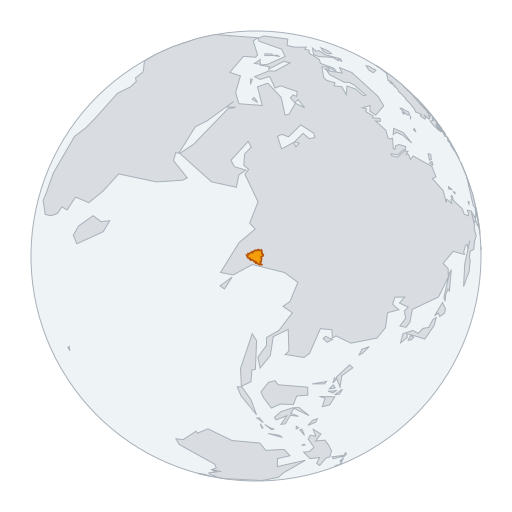 Telangana on an orthographic globe, rotated 57°
{"feature_id": "IND-20011", "entity_name": "Telangana", "entity_type": "State", "adm_level": 1, "iso_a3": "IND", "parent_name": "India", "parent_adm1": "", "projection": "orthographic", "projection_center": [78.948, 17.86], "detail": "fine", "context": "on_globe", "style": "filled", "palette": "amber", "viewbox_px": 512, "rotation_deg": 57, "n_neighbors": 0, "source": "natural_earth", "source_scale": "10m", "svg_char_len": 13128}
<svg xmlns="http://www.w3.org/2000/svg" viewBox="0 0 512 512"><g transform="rotate(57 256 256)"><circle cx="256" cy="256" r="225" fill="#eef3f6" stroke="#a8b0b8"/><path d="M372.3,63.1L373.6,63.8L370.9,62.2L372.3,63.1ZM354.6,53.4L358.4,55.4L355.0,53.8L355.9,54.6L351.4,52.7L342.0,48.3L338.9,47.2L343.3,49.4L341.5,49.5L335.5,46.2L331.7,46.2L315.4,40.3L303.0,35.7L290.3,33.3L288.7,33.1L305.7,36.3L322.4,40.7L338.8,46.5L354.6,53.4ZM356.9,55.1L359.0,56.1L358.6,56.2L356.9,55.1ZM351.2,53.5L349.9,53.5L349.6,52.6L351.2,53.5ZM348.1,53.1L345.1,54.0L349.5,56.1L335.4,51.1L342.6,51.6L341.5,50.0L344.8,51.9L348.1,53.1ZM277.1,31.7L278.4,31.8L271.8,31.4L266.2,31.0L265.2,30.9L277.1,31.7ZM264.5,30.9L263.3,30.9L260.6,30.8L264.5,30.9ZM328.0,48.5L325.9,48.4L326.4,47.8L328.0,48.5ZM255.8,30.7L257.7,30.7L252.0,30.8L252.6,30.8L251.3,30.8L255.8,30.7ZM283.7,32.4L285.5,32.7L280.6,32.3L280.7,32.5L272.0,31.4L283.7,32.4ZM250.2,30.8L249.0,31.0L244.5,31.1L247.8,30.9L250.2,30.8ZM261.0,30.8L262.6,30.9L259.9,30.8L261.0,30.8ZM228.1,32.6L231.8,32.1L234.1,32.0L228.1,32.6ZM248.8,31.1L250.3,31.0L251.7,31.0L250.0,31.2L248.8,31.1ZM269.2,31.4L266.8,31.3L272.5,31.8L269.1,31.9L263.9,31.3L264.7,31.6L263.6,31.6L260.6,31.2L269.2,31.4ZM252.2,31.6L244.5,31.5L237.1,32.2L234.8,32.2L247.2,31.2L252.2,31.6ZM257.4,31.3L253.7,31.5L252.8,31.2L254.7,31.0L257.4,31.3ZM268.6,32.3L275.2,32.3L276.1,32.4L268.6,32.3ZM250.3,31.8L252.2,31.9L249.8,31.9L250.3,31.8ZM263.2,32.1L265.4,31.9L266.3,32.1L263.2,32.1ZM254.2,32.3L251.7,32.1L252.9,31.9L254.2,32.3ZM258.4,32.2L259.2,32.5L254.9,31.9L259.3,32.1L258.4,32.2ZM263.7,32.3L265.0,32.3L262.7,32.3L263.7,32.3ZM250.9,33.7L245.0,32.9L247.8,32.2L253.1,33.0L250.9,33.7ZM41.5,187.1L42.7,183.5L48.1,169.5L73.9,135.7L74.1,141.2L88.3,145.2L89.1,148.1L81.7,157.7L87.7,177.9L96.5,171.0L107.8,184.1L119.0,187.4L133.2,168.7L114.9,162.6L117.5,152.0L136.8,148.5L153.6,154.9L155.1,151.1L149.3,139.7L158.1,134.5L147.9,135.4L148.4,140.0L142.0,141.0L141.1,137.0L144.3,135.1L140.6,131.9L126.6,142.8L125.6,148.6L112.9,146.7L110.1,156.5L104.9,159.5L107.8,144.2L111.3,139.5L112.6,122.2L107.8,126.7L106.2,143.7L104.5,141.5L98.0,148.9L101.6,141.6L104.6,122.9L96.4,121.9L77.5,136.5L74.5,135.7L75.9,129.4L91.4,111.2L96.3,115.3L101.9,109.9L108.2,100.1L109.2,102.5L112.4,99.4L114.9,100.9L125.8,95.8L129.5,97.1L140.8,88.5L144.2,88.3L136.5,93.2L133.2,97.7L143.3,102.1L147.3,101.0L153.8,95.4L155.8,97.8L160.8,91.8L170.0,92.5L162.9,87.1L170.4,81.4L179.7,78.8L180.9,76.2L165.7,80.7L160.8,83.5L158.5,87.3L144.0,95.5L139.0,95.6L149.5,84.1L143.5,83.4L154.3,75.7L188.8,66.7L199.7,67.1L203.0,78.9L196.4,81.5L192.0,78.3L189.6,86.2L192.9,83.1L194.5,85.4L202.1,81.5L203.6,83.0L208.2,77.0L210.9,78.4L207.9,82.2L221.4,78.6L228.8,81.0L231.2,79.5L231.5,77.3L240.8,82.4L242.1,81.2L239.5,78.9L240.5,75.2L245.7,70.8L248.6,72.8L247.1,74.6L248.4,81.9L243.9,87.1L245.7,87.6L250.2,83.6L248.7,74.6L251.0,71.5L252.7,75.4L252.3,73.7L254.4,72.8L259.1,74.0L257.7,69.7L276.6,59.8L287.7,61.9L287.1,65.9L303.4,63.4L314.7,67.4L312.3,65.1L318.5,63.3L315.1,62.0L314.4,60.8L328.7,57.3L334.4,58.6L337.9,56.0L336.6,55.0L332.7,53.8L335.4,51.1L349.5,56.1L351.5,57.9L359.0,60.4L362.6,64.6L369.0,69.7L368.6,73.8L373.7,78.1L376.1,78.6L384.8,85.4L394.6,98.5L376.3,85.2L359.5,68.2L365.5,74.5L361.0,72.5L361.3,74.7L365.7,79.6L368.2,80.4L359.5,88.1L364.1,103.1L371.2,101.7L378.3,106.1L389.8,125.3L385.9,154.0L395.2,162.8L397.5,169.0L393.1,173.4L389.7,164.3L383.0,161.6L381.7,156.2L373.6,161.3L371.4,153.8L366.1,162.0L370.9,167.7L378.9,165.4L375.2,176.6L386.6,186.4L390.7,199.3L380.8,223.9L366.6,232.4L366.4,236.7L359.3,232.5L352.0,241.5L366.8,264.2L367.2,271.1L354.4,285.2L353.7,280.2L335.1,269.0L333.0,285.5L347.3,298.2L352.2,313.6L341.9,309.5L336.7,295.9L330.1,291.5L330.9,277.2L323.4,256.4L312.9,260.8L312.7,252.3L300.9,235.2L285.3,241.1L261.2,263.7L259.5,285.4L250.5,294.7L235.6,263.1L232.9,241.9L225.0,243.4L211.7,224.8L181.5,220.8L179.4,215.0L173.2,216.8L164.3,210.0L162.1,200.7L155.6,200.2L162.1,224.9L169.3,225.5L178.5,217.8L178.7,226.3L187.7,235.0L169.6,252.9L128.5,264.0L128.3,247.4L117.1,198.8L119.6,194.2L119.7,193.6L119.8,192.6L114.8,199.8L114.2,190.5L116.0,223.2L114.6,236.6L127.8,264.8L125.6,267.0L131.0,273.2L153.1,271.1L152.4,276.4L139.6,299.2L112.4,326.4L118.3,349.2L120.2,367.2L108.3,375.2L114.5,389.4L109.1,392.0L112.2,399.5L110.7,405.8L106.4,410.1L93.6,404.4L88.7,397.3L76.1,380.9L56.9,343.1L55.8,328.9L52.9,316.0L44.1,283.6L45.8,269.1L44.4,261.2L41.1,260.2L40.1,250.8L38.5,248.9L31.7,243.4L32.3,229.6L35.0,212.1L41.5,187.1ZM58.8,155.1L56.7,159.0L58.8,155.1ZM167.4,172.8L180.1,176.2L181.2,162.6L186.2,163.1L184.8,158.5L181.3,161.7L178.8,149.7L186.7,147.4L188.7,142.1L184.5,140.7L170.4,147.0L173.8,163.8L168.0,168.2L167.4,172.8ZM127.4,82.5L125.9,85.1L121.4,88.0L116.8,88.2L123.2,83.8L127.4,82.5ZM124.9,88.3L136.5,77.9L139.9,77.9L136.0,79.6L137.1,80.6L131.1,83.6L123.0,94.6L118.5,98.0L112.3,95.4L116.8,94.1L118.0,91.3L124.9,88.3ZM160.4,57.1L165.5,54.2L166.2,57.8L161.3,60.2L156.4,60.0L159.2,57.2L160.4,57.1ZM242.3,31.1L243.1,31.1L242.0,31.3L239.5,31.5L238.2,31.5L235.8,31.8L231.9,32.0L229.7,32.4L211.1,35.2L211.8,35.1L242.3,31.1ZM180.1,43.9L192.0,40.1L196.6,39.4L199.2,38.4L202.1,37.9L198.9,38.9L205.7,37.2L207.2,37.1L218.0,35.6L226.8,33.9L230.9,33.6L228.3,34.3L234.3,33.6L232.0,34.9L234.9,34.8L235.6,36.4L228.7,38.3L232.5,38.2L233.2,39.8L227.9,41.8L227.4,40.2L221.9,43.8L218.0,42.9L217.6,43.4L212.6,43.7L205.7,45.1L204.8,44.4L202.5,45.3L199.1,45.8L195.7,46.9L192.8,46.3L188.4,47.7L189.6,46.7L182.7,49.4L186.5,47.2L182.5,48.0L180.9,49.7L174.0,47.1L168.1,48.8L161.1,51.7L164.8,50.0L180.1,43.9ZM250.8,34.1L243.4,35.9L237.7,36.5L238.9,33.6L236.6,33.5L237.2,32.3L245.4,31.7L244.5,32.0L245.5,32.2L242.5,32.3L245.7,32.4L244.5,33.0L246.7,33.3L243.7,33.7L250.8,34.1ZM93.6,145.4L94.9,146.7L97.7,147.6L93.7,152.5L93.6,145.4ZM95.3,132.6L97.0,132.7L92.7,139.5L91.3,138.4L95.3,132.6ZM101.6,127.4L97.4,132.2L98.9,129.0L101.6,127.4ZM138.5,93.2L140.7,93.3L139.5,94.8L136.6,96.4L138.5,93.2ZM210.7,54.7L211.3,53.1L212.9,52.8L218.3,49.6L221.6,50.4L219.6,52.7L210.7,54.7ZM128.0,171.1L122.6,173.9L121.9,171.5L123.9,171.0L128.0,171.1ZM105.7,162.8L109.1,167.2L104.6,164.2L105.7,162.8ZM215.2,55.0L217.1,53.5L217.5,54.9L215.2,55.0ZM224.3,50.9L225.5,52.2L222.7,50.2L224.3,50.9ZM230.1,461.9L234.0,463.7L230.2,463.6L230.1,461.9ZM152.4,370.9L148.2,399.6L139.1,397.9L134.2,388.5L133.5,370.6L142.9,367.2L146.7,359.4L152.4,370.9ZM398.9,343.8L404.0,343.8L403.7,344.8L398.9,343.8ZM393.6,341.3L399.7,340.6L392.3,343.6L393.6,341.3ZM402.0,340.4L408.1,337.5L410.8,335.4L410.2,337.5L402.0,340.4ZM389.4,342.0L365.3,344.7L355.5,343.0L358.1,339.2L374.0,338.5L389.4,342.0ZM357.3,339.2L341.9,330.3L319.1,301.5L327.3,301.6L350.8,318.3L349.4,321.5L358.7,328.8L357.3,339.2ZM393.4,316.3L391.9,325.9L378.9,326.8L372.8,326.0L368.7,314.3L371.0,307.9L376.1,307.5L394.2,284.1L400.9,288.3L395.6,298.0L400.9,305.5L393.4,316.3ZM260.6,287.5L266.5,300.4L261.5,302.4L260.6,287.5ZM400.5,268.2L393.9,278.5L399.6,265.2L400.5,268.2ZM403.3,256.0L404.2,260.6L400.8,256.5L403.3,256.0ZM367.2,243.2L361.9,244.8L361.2,241.5L367.6,237.5L367.2,243.2ZM393.7,210.4L395.6,220.1L395.2,223.5L391.9,218.0L393.7,210.4ZM246.0,63.9L234.7,67.1L228.8,70.8L228.8,74.8L223.9,71.0L233.0,65.1L246.0,63.9ZM272.5,59.9L272.4,57.0L275.6,57.8L276.1,58.6L272.5,59.9ZM270.2,58.4L264.0,55.9L266.0,54.1L270.5,56.4L270.2,58.4ZM239.2,54.3L235.7,55.1L235.3,53.8L239.2,54.3ZM406.4,423.2L411.8,417.3L415.4,414.8L409.3,420.9L406.4,423.2ZM408.1,404.0L372.2,423.1L365.7,422.7L370.3,417.1L370.3,401.6L372.7,401.6L374.8,390.4L397.7,376.6L415.0,354.6L424.3,353.7L433.5,337.8L442.0,336.3L437.6,348.3L444.2,352.9L454.2,325.9L452.8,350.7L453.8,357.7L447.6,373.2L425.2,404.1L417.5,411.7L418.5,409.8L414.7,413.4L412.2,413.9L415.8,406.2L411.8,409.8L417.9,402.5L411.0,409.5L412.1,404.7L408.1,404.0ZM475.5,304.8L475.9,303.1L475.8,304.0L475.5,304.8ZM411.4,342.6L419.0,334.1L422.6,332.7L411.4,342.6ZM475.7,302.4L475.2,302.9L475.5,301.4L475.7,302.4ZM476.3,298.9L476.5,297.0L476.1,301.2L476.3,298.9ZM475.6,295.9L476.0,298.6L475.5,296.5L475.6,295.9ZM475.0,297.0L474.4,296.1L474.6,295.4L475.0,297.0ZM463.5,306.8L466.3,316.7L463.0,318.1L459.7,312.5L455.3,321.0L446.4,322.9L449.0,317.9L448.2,311.6L437.9,311.9L435.8,308.0L439.8,304.1L432.5,302.4L440.6,298.5L443.6,306.7L448.0,298.5L454.8,298.1L460.8,298.9L464.7,303.7L463.5,306.8ZM439.8,318.2L441.2,317.8L439.8,320.8L439.8,318.2ZM473.3,292.4L474.1,295.8L473.9,297.0L473.4,296.8L473.3,292.4ZM465.8,301.7L470.4,292.2L471.3,291.8L468.1,301.6L465.8,301.7ZM469.7,287.9L471.4,288.0L472.1,291.6L471.7,292.9L469.7,287.9ZM423.3,313.8L422.9,316.4L420.6,314.9L423.3,313.8ZM426.3,311.7L432.8,313.0L425.6,314.0L426.3,311.7ZM404.5,307.1L406.7,312.6L413.6,307.7L408.3,314.0L412.6,322.9L410.8,326.8L406.7,317.1L404.5,328.2L401.4,328.5L400.1,319.5L403.4,307.7L406.5,302.5L418.8,298.4L404.5,307.1ZM426.4,304.6L424.6,298.0L425.9,293.2L427.9,296.4L426.4,304.6ZM418.5,282.5L412.9,275.5L408.4,279.3L417.0,266.6L421.0,275.4L418.5,282.5ZM412.8,265.8L408.7,269.3L412.6,262.0L412.8,265.8ZM407.3,266.8L406.2,261.3L409.8,261.5L407.3,266.8ZM415.1,265.6L414.9,256.1L417.3,261.3L415.1,265.6ZM403.1,249.2L411.8,257.0L401.4,254.7L398.3,236.8L402.5,235.7L403.1,249.2ZM409.5,174.3L406.9,169.6L410.0,167.9L410.9,171.5L409.5,174.3ZM417.6,159.7L410.0,165.9L403.4,171.7L406.7,173.5L407.6,182.1L401.2,175.1L403.9,165.0L409.3,162.2L407.6,155.4L410.0,150.1L405.6,142.1L405.8,138.3L411.5,144.9L417.6,159.7ZM403.4,138.8L396.6,124.9L403.5,125.8L406.6,129.0L406.8,134.9L403.1,134.0L403.4,138.8ZM397.0,122.0L393.3,121.2L375.7,103.0L373.7,99.6L390.8,112.9L388.3,113.0L391.4,117.6L397.0,122.0ZM327.9,49.3L326.1,48.4L328.6,49.1L327.9,49.3ZM312.3,60.2L311.9,58.7L314.8,59.3L312.3,60.2ZM312.1,55.2L309.1,55.6L311.1,54.4L312.1,55.2ZM302.7,56.7L307.4,55.3L304.6,57.9L302.7,56.7Z" fill="#d9dde1" stroke="#a8b0b8" stroke-width="1"/><path d="M250.8,254.2L250.6,253.9L250.8,253.8L250.8,253.6L250.8,253.4L251.0,253.2L251.3,253.2L251.4,252.8L251.4,252.7L251.5,252.7L251.8,252.4L252.0,252.2L251.9,251.9L251.9,251.7L251.7,251.6L251.6,251.3L251.7,251.2L251.8,251.1L251.9,250.9L251.9,250.6L252.1,250.4L252.1,250.2L252.3,250.2L252.6,250.4L252.7,250.5L252.9,250.5L253.0,250.5L253.1,250.4L253.1,250.1L253.2,249.9L253.3,249.8L253.3,249.7L253.5,249.7L253.6,249.3L253.7,249.1L253.8,248.9L254.0,248.7L253.9,248.6L253.7,248.2L253.9,248.1L254.0,248.3L254.3,248.4L254.5,248.3L254.8,248.3L255.0,248.4L255.1,248.5L255.4,248.5L255.5,248.5L255.7,249.0L255.9,249.1L256.0,249.2L256.1,249.3L256.3,249.4L256.6,249.4L256.6,249.5L256.8,249.6L257.0,249.7L257.1,249.4L257.1,249.2L257.5,249.2L257.5,249.3L258.2,249.4L258.3,249.5L258.4,249.4L258.5,249.3L258.8,249.2L259.1,249.2L259.3,249.4L259.4,249.5L259.6,249.6L259.8,249.8L259.7,250.1L259.7,250.3L259.6,250.5L259.7,250.8L259.5,251.0L259.4,251.1L259.4,251.3L259.5,251.3L259.7,251.6L259.8,251.8L259.8,252.0L259.6,252.2L259.8,252.3L260.1,252.5L260.3,252.7L260.5,252.7L260.8,252.7L261.0,252.6L261.1,252.9L261.2,253.0L261.3,253.0L261.6,253.0L261.8,253.1L262.0,253.2L262.1,253.3L262.5,253.8L262.6,254.0L262.7,254.3L262.8,254.4L262.8,254.5L262.7,254.6L262.7,254.8L262.9,254.8L262.9,254.7L263.0,254.6L263.1,254.8L263.4,254.8L263.5,254.8L263.4,255.0L263.5,255.3L263.6,255.6L263.6,256.0L263.7,256.3L263.8,256.3L264.2,256.1L264.3,256.0L264.5,256.2L264.9,256.1L265.2,256.2L265.5,256.2L265.8,256.2L266.1,256.0L266.3,255.9L266.5,255.7L266.6,255.8L266.6,256.0L266.0,256.3L265.8,256.5L265.7,256.8L265.7,257.0L265.5,257.7L265.2,257.9L264.8,258.0L264.5,258.1L264.2,258.4L263.9,258.5L263.7,258.5L263.4,258.6L263.3,258.9L263.2,259.0L263.3,259.0L263.2,259.1L262.7,259.1L262.4,258.9L262.2,258.8L261.8,258.9L261.8,259.1L261.7,259.2L261.4,259.1L261.4,259.3L261.4,259.5L261.7,259.6L261.9,259.5L262.1,259.6L262.1,259.9L262.1,260.0L261.9,260.2L261.6,260.1L261.4,260.0L261.3,259.9L261.2,259.8L261.1,259.6L261.0,259.4L260.9,259.3L260.8,259.2L260.7,259.2L260.5,259.3L260.2,259.5L260.0,259.8L260.2,260.1L260.1,260.4L260.1,260.5L259.9,260.7L259.8,260.8L259.6,260.8L259.5,260.5L259.4,260.5L259.2,260.5L259.1,260.4L259.0,260.5L258.9,260.6L258.6,260.7L258.4,260.7L258.4,260.8L258.2,260.8L257.8,261.0L257.5,261.0L257.2,261.1L257.0,261.4L257.0,261.5L257.0,261.8L257.1,262.0L257.0,262.4L256.9,262.4L256.8,262.5L256.7,262.4L256.4,262.3L255.9,262.6L255.8,262.8L255.7,262.8L255.6,262.7L255.6,262.8L255.6,263.0L255.4,263.2L255.2,263.2L254.9,263.0L254.6,263.1L254.3,263.0L254.3,262.9L254.2,263.0L253.9,263.0L253.7,263.1L253.3,263.2L253.4,263.3L253.3,263.5L253.2,263.6L252.9,263.7L252.9,263.8L252.8,264.0L252.2,263.7L251.9,263.7L251.6,263.7L251.1,263.7L250.8,263.6L250.5,263.5L250.3,263.5L250.4,263.4L250.5,263.3L250.5,263.1L250.5,262.9L250.5,262.6L250.5,262.4L250.5,262.2L250.7,261.9L250.1,261.8L249.8,261.7L249.6,261.5L250.1,261.2L250.3,261.0L250.3,260.8L250.3,260.7L250.2,260.7L250.3,260.6L250.2,260.5L250.2,260.4L250.2,260.2L250.3,260.1L250.3,259.5L250.4,259.3L250.4,259.2L250.3,258.8L250.2,258.8L250.1,258.7L250.6,257.9L250.6,257.7L250.8,257.6L251.1,257.4L251.3,257.1L251.2,257.1L250.9,257.2L250.7,257.1L250.4,257.0L250.2,256.9L250.4,256.7L250.5,256.5L250.7,256.4L250.6,256.2L250.8,255.9L251.0,255.7L251.0,255.3L250.8,255.2L251.0,254.9L250.9,254.7L250.9,254.4L250.8,254.2Z" fill="#f59e0b" stroke="#b45309" stroke-width="1.5"/></g></svg>